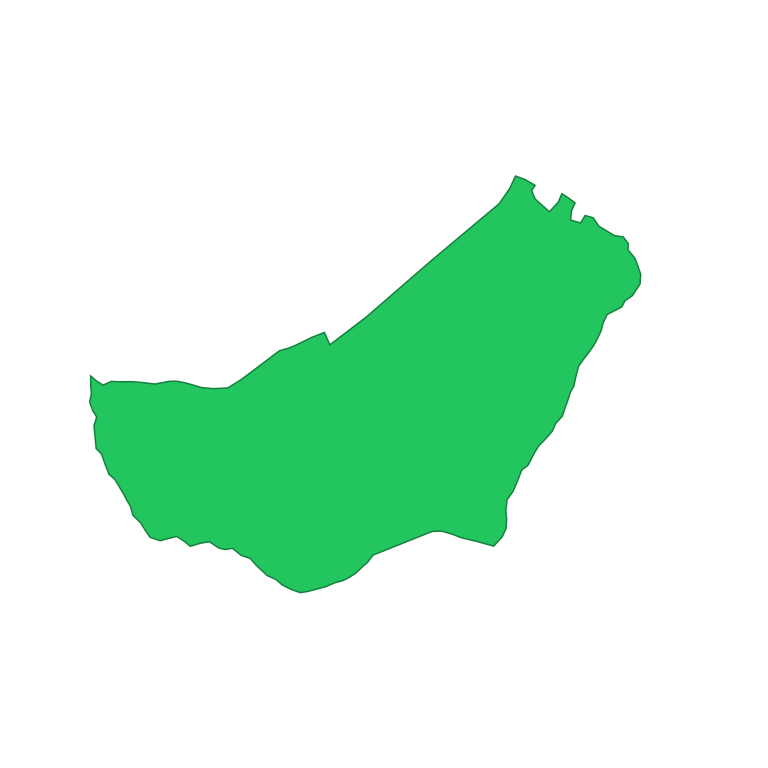 the district of Cruzeiro do Sul, Paraná, Brazil, rotated 320°
{"feature_id": "56859067B8108484370464", "entity_name": "Cruzeiro do Sul", "entity_type": "district", "adm_level": 2, "iso_a3": "BRA", "parent_name": "Brazil", "parent_adm1": "Paraná", "projection": "mercator", "projection_center": [-52.164, -22.981], "detail": "fine", "context": "isolated", "style": "filled", "palette": "green", "viewbox_px": 768, "rotation_deg": 320, "n_neighbors": 0, "source": "geoboundaries", "source_scale": "gbopen_adm2", "svg_char_len": 1851}
<svg xmlns="http://www.w3.org/2000/svg" viewBox="0 0 768 768"><g transform="rotate(320 384 384)"><path d="M185.8,490.1L191.8,493.7L202.8,498.9L209.7,502.0L218.6,504.7L226.1,508.2L233.1,509.8L241.2,510.8L250.5,510.1L256.6,510.1L265.6,508.0L326.1,527.9L333.8,534.0L340.1,543.5L344.4,551.5L353.8,564.1L363.8,578.7L376.5,577.0L384.5,573.2L390.8,566.7L395.8,559.4L403.9,551.8L413.5,549.3L423.6,544.3L434.2,538.4L441.9,538.8L455.3,533.3L462.7,530.9L474.1,529.7L482.8,528.3L490.1,524.6L500.1,523.2L507.8,518.4L514.2,514.7L521.5,510.1L527.8,507.8L536.2,501.3L544.5,495.5L553.6,493.1L561.1,491.5L569.0,489.4L574.9,487.2L584.6,482.8L591.0,478.1L599.7,474.2L607.4,476.0L615.7,477.8L622.3,475.1L631.0,476.0L644.5,471.9L651.1,465.1L654.5,456.3L657.1,448.8L657.1,438.2L661.4,433.4L661.8,425.1L655.8,418.3L650.0,401.2L651.1,391.2L646.4,384.2L638.1,387.0L632.3,378.3L639.1,371.8L646.8,368.1L644.7,359.5L642.6,352.6L634.4,356.7L621.4,358.4L620.0,348.6L618.7,339.5L621.4,330.8L627.4,328.9L623.4,317.8L618.4,309.2L606.1,315.0L588.0,319.9L554.8,319.9L535.8,319.9L500.1,319.9L413.2,321.3L367.7,319.2L371.5,306.2L358.4,301.8L340.7,297.4L334.1,295.3L325.4,291.3L277.0,288.8L261.6,286.5L250.2,277.8L241.9,269.4L236.9,261.8L232.2,255.0L226.5,248.1L220.9,243.7L208.5,236.8L199.8,227.5L193.1,220.8L182.8,212.2L176.8,206.8L168.1,204.3L165.7,196.9L164.4,189.3L158.3,196.7L153.6,203.4L147.0,208.5L143.7,217.3L142.7,224.6L135.0,229.6L128.0,239.8L122.0,248.4L122.6,256.2L119.0,265.5L115.3,276.4L116.5,284.0L115.2,292.3L113.7,301.4L112.2,308.0L111.2,314.5L107.3,323.2L108.3,334.0L106.9,344.2L106.2,351.1L111.8,360.2L120.3,364.1L127.2,367.5L129.9,376.2L131.2,383.8L140.7,387.8L148.9,392.6L152.1,403.7L156.0,408.8L162.3,412.5L164.4,423.4L169.4,431.7L169.6,441.1L171.4,455.6L175.7,464.7L176.8,472.3L180.7,481.5L185.8,490.1Z" fill="#22c55e" stroke="#15803d" stroke-width="1.5"/></g></svg>